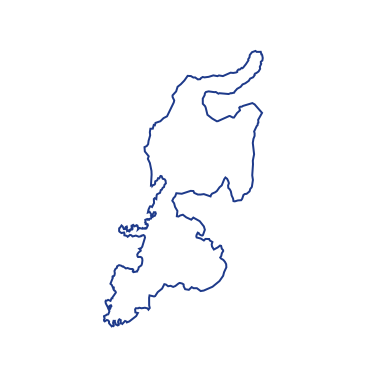 Chato, Geita, United Republic of Tanzania (Robinson projection), rotated 207°
{"feature_id": "72390352B63706364179884", "entity_name": "Chato", "entity_type": "district", "adm_level": 2, "iso_a3": "TZA", "parent_name": "United Republic of Tanzania", "parent_adm1": "Geita", "projection": "robinson", "projection_center": [31.727, -2.845], "detail": "fine", "context": "isolated", "style": "outline", "palette": "blue", "viewbox_px": 384, "rotation_deg": 207, "n_neighbors": 0, "source": "geoboundaries", "source_scale": "gbopen_adm2", "svg_char_len": 6046}
<svg xmlns="http://www.w3.org/2000/svg" viewBox="0 0 384 384"><g transform="rotate(207 192 192)"><path d="M234.7,299.3L235.8,297.4L235.9,296.3L237.9,295.0L241.2,295.5L242.8,294.6L245.6,294.8L248.6,293.5L249.4,287.9L250.9,282.9L252.6,279.2L251.8,274.4L253.2,269.3L252.5,267.9L249.4,265.5L248.9,263.5L248.6,248.1L250.9,244.9L252.3,240.7L255.9,237.0L255.4,234.6L256.5,234.4L255.7,230.6L257.8,229.5L256.7,226.1L255.0,223.5L253.9,217.8L252.8,214.7L253.2,212.4L254.7,210.4L252.4,206.7L246.8,204.2L246.4,201.5L242.7,198.7L237.7,192.4L235.9,189.2L231.5,179.1L230.4,180.0L230.1,179.5L229.9,180.4L228.8,181.5L228.6,182.5L229.6,184.8L228.3,186.6L228.5,188.9L227.4,189.2L227.3,192.0L226.3,192.3L224.1,190.5L222.2,190.9L220.8,190.2L219.2,187.8L219.8,186.0L219.2,183.7L220.0,182.5L220.0,180.3L220.7,179.5L220.1,176.8L222.1,174.1L222.0,173.0L220.6,169.5L222.4,169.6L222.8,168.4L220.8,164.9L220.8,160.5L222.1,160.6L222.9,160.1L222.8,156.8L222.0,153.7L220.8,155.1L217.6,153.2L216.6,155.0L216.8,156.6L215.4,157.3L214.4,156.3L214.3,154.0L215.8,152.5L215.7,150.9L215.8,152.0L216.7,153.0L217.2,153.0L217.7,152.1L216.9,151.5L216.4,149.8L218.2,148.3L217.8,147.7L219.0,147.1L219.7,147.5L221.0,146.0L219.9,144.4L220.0,143.8L218.7,143.3L219.2,143.1L218.9,142.4L217.7,142.4L217.7,143.0L216.9,143.1L216.1,142.1L216.1,138.8L217.7,137.5L217.2,138.2L217.5,138.5L218.5,137.4L219.6,137.5L219.7,136.7L223.6,135.8L222.7,135.4L223.2,134.1L223.5,135.3L225.4,137.3L226.3,137.3L227.5,135.4L229.5,136.0L230.5,134.3L230.2,133.8L229.4,133.8L229.0,133.7L228.9,133.3L230.0,133.7L229.8,133.2L228.3,132.2L228.1,131.3L227.7,131.0L229.4,131.4L229.8,130.7L229.7,128.6L230.0,130.4L230.6,129.8L230.1,128.4L232.2,128.0L232.7,129.2L232.7,128.6L233.5,129.6L233.9,129.5L233.7,130.7L234.5,131.6L235.2,130.7L234.9,128.5L235.9,128.0L238.1,129.8L239.6,130.2L239.9,127.6L240.4,126.6L239.2,124.1L238.5,123.7L236.2,123.4L234.2,125.1L233.5,124.6L232.6,122.7L230.2,123.3L229.0,122.9L227.8,125.6L226.4,125.9L224.8,125.4L222.2,127.7L219.1,128.0L217.4,129.4L216.6,130.5L217.4,129.7L217.4,130.0L215.7,131.6L214.4,131.4L213.2,130.1L211.5,120.6L211.8,119.0L213.2,117.5L211.4,117.0L211.0,116.4L212.2,113.8L212.4,111.5L211.5,110.1L210.6,109.6L208.3,110.8L207.0,110.7L206.0,109.9L205.1,108.5L204.0,105.4L203.8,103.6L205.3,100.8L204.7,98.4L205.1,96.9L204.8,96.3L207.8,94.0L208.7,94.3L208.9,94.8L208.6,95.2L209.0,96.0L209.9,96.4L212.4,95.3L214.9,95.0L216.2,93.9L219.7,94.4L220.0,94.0L221.7,94.2L223.8,93.7L225.0,91.7L224.5,90.4L225.3,88.6L225.2,86.4L223.9,84.6L223.3,82.7L223.5,81.6L224.4,80.9L224.3,80.1L223.6,79.6L223.0,73.2L221.2,72.7L218.2,70.2L218.4,71.3L219.2,71.9L218.5,71.5L218.0,71.0L218.0,69.9L217.6,69.5L214.9,68.6L214.2,67.8L215.1,61.4L214.8,61.1L215.4,60.7L215.2,58.0L217.8,57.8L218.6,56.5L219.5,56.1L219.3,55.0L218.2,53.6L214.6,51.0L213.2,54.0L212.7,54.3L212.0,53.7L212.2,52.8L211.8,50.0L212.4,51.3L213.2,51.5L213.7,51.4L213.9,50.3L211.5,48.4L211.1,45.6L211.3,44.7L212.3,44.1L212.9,42.7L214.0,41.6L213.8,40.9L212.5,39.9L212.4,38.1L211.8,37.3L211.0,37.1L209.8,39.3L208.4,39.5L207.1,39.0L206.5,37.6L205.9,37.2L202.6,35.9L202.5,36.4L201.1,36.8L201.0,37.4L202.9,39.5L203.4,41.6L202.6,42.0L202.7,41.0L202.1,40.8L201.6,41.2L199.8,39.4L197.6,39.4L197.0,40.3L198.9,42.7L199.2,44.4L198.9,45.6L197.3,45.5L196.0,42.5L195.0,43.0L194.2,42.8L193.1,46.7L191.3,46.8L190.8,46.3L189.1,48.2L185.4,56.1L185.3,59.6L187.8,59.0L189.4,61.6L189.3,62.9L187.1,64.0L186.5,64.9L184.2,65.5L181.4,67.5L178.8,68.1L177.4,67.4L177.0,69.5L178.7,71.5L182.2,78.3L182.9,80.6L178.4,81.7L177.6,82.5L177.1,87.2L174.8,92.3L174.8,97.3L173.3,97.7L170.5,97.2L168.5,98.7L165.7,98.9L164.2,100.6L162.5,104.3L161.8,105.3L161.0,105.6L159.0,106.0L157.5,105.8L156.6,104.2L154.0,102.3L150.4,103.4L149.1,107.1L146.9,107.0L144.0,108.5L139.3,107.7L136.8,109.5L130.7,116.9L127.1,125.1L126.2,131.5L127.0,135.1L127.2,140.5L128.8,143.2L130.9,144.7L133.2,145.7L135.9,145.9L137.1,146.4L136.9,148.4L137.6,150.9L137.4,153.6L137.9,154.3L139.7,155.0L141.6,157.2L142.7,157.0L143.9,154.3L146.4,150.7L149.4,152.5L150.7,154.3L151.1,156.7L154.1,156.9L155.4,157.9L158.7,156.3L159.4,154.2L163.2,154.5L167.2,153.6L168.0,154.4L168.4,155.6L168.4,158.4L167.2,158.4L166.2,157.6L163.9,157.6L162.9,158.0L162.7,158.6L163.4,164.2L165.8,166.7L171.9,169.5L179.2,169.8L180.1,167.0L185.6,166.8L189.8,167.6L191.8,165.8L192.9,164.0L194.5,163.5L196.4,168.5L200.3,171.0L202.8,173.8L205.6,175.3L205.7,178.1L205.0,180.4L205.4,183.8L200.3,185.8L193.7,192.4L191.2,193.5L189.6,192.2L185.7,192.4L183.2,193.6L180.5,195.5L173.5,196.5L173.7,198.1L173.4,199.6L171.2,202.3L170.3,204.1L169.6,208.7L168.5,211.4L169.1,218.1L168.8,220.1L166.7,219.7L164.6,218.1L163.1,216.6L162.8,214.2L161.5,212.1L159.5,211.5L157.6,210.1L155.1,206.9L152.4,204.8L150.9,202.7L149.6,203.1L147.3,205.3L144.5,207.0L144.2,208.7L144.8,212.7L144.1,214.1L142.5,215.2L141.0,218.7L141.5,221.3L141.0,223.1L141.1,224.1L143.2,230.4L145.9,234.2L150.2,244.3L152.0,247.5L153.8,253.8L160.1,263.3L161.4,267.3L161.7,270.4L162.9,272.8L164.1,274.1L164.3,280.2L163.9,281.2L164.6,283.2L164.3,283.9L165.8,286.3L165.5,294.3L176.0,298.5L178.6,298.6L185.6,291.9L186.4,290.6L187.8,289.8L188.2,288.6L186.3,286.5L187.7,282.8L188.4,277.4L189.4,276.9L192.8,276.9L193.4,276.5L201.1,266.9L202.0,266.3L207.2,266.6L213.3,267.8L218.1,273.4L219.3,274.4L222.4,275.5L224.8,280.1L224.7,284.0L225.3,285.8L225.0,287.4L222.9,289.2L217.4,291.1L216.2,291.9L213.1,291.6L212.4,292.5L203.9,295.9L202.2,297.8L201.6,297.9L199.5,299.7L199.6,300.7L198.6,304.5L196.4,307.8L195.8,310.8L193.9,313.0L191.9,316.8L191.7,319.4L189.6,322.0L189.2,324.6L189.7,325.1L189.5,326.3L188.7,327.1L187.4,329.6L187.2,332.7L188.4,334.3L188.5,337.6L189.1,337.9L189.8,339.3L189.0,341.1L189.8,343.5L191.6,345.8L192.6,346.5L192.8,346.3L194.4,348.1L198.0,346.2L199.5,346.5L202.0,343.8L202.7,340.3L201.9,338.0L202.2,335.8L201.5,334.9L202.0,330.4L202.9,326.0L203.4,325.1L204.1,325.1L205.1,322.7L206.2,322.3L206.7,320.7L206.2,319.5L207.0,318.5L209.3,316.8L211.8,315.8L217.1,309.3L220.9,308.1L221.9,306.8L225.9,305.6L229.4,302.2L232.9,299.8L234.7,299.3Z" fill="none" stroke="#1e3a8a" stroke-width="2"/></g></svg>